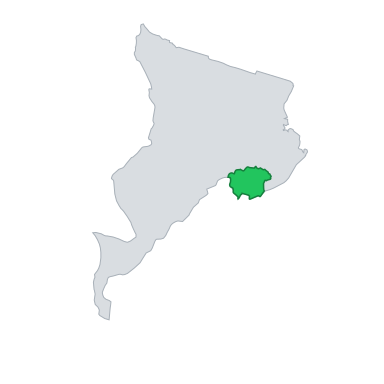 where Nord-Ouest sits in Cameroon, rotated 197°
{"feature_id": "CMR-1477", "entity_name": "Nord-Ouest", "entity_type": "Province", "adm_level": 1, "iso_a3": "CMR", "parent_name": "Cameroon", "parent_adm1": "", "projection": "albers", "projection_center": [10.325, 6.427], "detail": "fine", "context": "in_parent", "style": "filled", "palette": "green", "viewbox_px": 384, "rotation_deg": 197, "n_neighbors": 0, "source": "natural_earth", "source_scale": "10m", "svg_char_len": 5437}
<svg xmlns="http://www.w3.org/2000/svg" viewBox="0 0 384 384"><g transform="rotate(197 192 192)"><path d="M93.9,260.0L94.7,258.0L100.2,248.6L103.7,233.6L105.3,230.1L106.9,227.7L115.0,219.7L118.0,217.2L122.3,214.3L125.4,208.4L126.5,207.8L127.8,207.3L134.7,202.3L135.4,203.2L135.8,204.4L136.3,205.0L138.6,205.4L141.6,205.3L143.4,205.0L144.3,204.0L145.3,201.2L145.9,200.7L146.6,200.6L149.9,202.5L155.5,207.9L156.9,208.9L157.5,210.0L158.7,214.9L159.4,216.2L160.6,216.7L162.8,216.3L165.0,215.5L167.0,214.2L168.9,212.5L170.2,211.1L170.8,210.0L171.1,205.9L171.5,205.0L178.7,199.1L178.5,198.6L177.3,196.9L176.3,195.1L177.3,193.2L178.4,191.8L182.6,186.9L182.8,183.4L186.2,177.8L188.0,170.5L188.1,169.0L192.4,161.0L197.0,160.2L198.7,159.1L200.7,157.1L202.0,155.2L202.7,153.4L203.1,150.0L203.9,146.1L204.4,142.7L205.7,139.5L208.0,137.9L212.0,136.5L212.6,135.9L213.1,133.8L213.6,126.9L214.3,123.8L218.0,120.3L219.5,114.8L221.0,109.1L225.1,102.2L229.9,95.3L232.2,93.4L234.1,92.5L236.3,92.4L237.8,91.9L243.0,88.5L245.2,87.3L246.8,86.1L247.2,85.1L247.3,83.5L246.8,80.0L247.7,77.4L248.2,73.4L248.4,70.2L248.2,69.2L247.2,67.4L245.6,65.4L243.0,64.3L239.4,64.0L237.4,63.3L236.7,59.7L236.4,57.4L233.9,45.5L238.5,45.5L244.0,46.9L245.4,47.9L246.1,52.0L248.1,54.3L251.7,56.2L253.9,60.1L254.8,66.1L256.7,69.6L257.2,70.2L259.9,76.9L260.1,80.0L259.9,82.1L261.1,84.7L259.4,89.2L258.9,91.9L258.8,95.7L259.9,102.4L261.5,107.6L263.3,111.8L265.3,115.1L268.4,118.7L271.8,121.9L275.0,124.0L272.1,125.2L266.5,125.5L263.2,124.8L261.7,124.8L260.1,125.2L254.2,125.9L248.1,125.7L242.5,124.9L239.1,125.0L236.5,127.1L234.3,130.1L232.4,132.5L233.1,135.1L234.6,136.6L237.5,139.8L240.1,142.9L241.5,145.0L246.7,149.6L251.8,153.6L254.2,155.0L255.0,155.3L257.8,157.7L261.6,161.5L265.2,167.5L270.1,179.6L271.2,180.6L272.9,181.2L273.1,182.5L273.0,184.4L272.5,185.9L268.6,192.3L265.3,194.8L264.3,196.3L263.0,200.0L260.0,207.2L258.6,208.2L255.6,213.1L253.1,219.3L252.5,220.3L251.5,221.0L247.9,222.6L246.7,223.4L244.9,225.3L244.7,226.6L245.5,228.3L246.5,229.7L248.4,229.7L249.5,231.0L249.5,240.5L248.7,242.0L248.7,242.6L248.3,244.3L248.2,246.1L248.5,246.8L249.2,247.4L250.2,248.7L250.8,251.6L252.1,261.9L252.7,263.5L253.7,264.7L256.9,266.9L260.2,269.7L261.3,271.6L261.9,274.7L263.2,277.2L263.2,278.0L262.7,278.3L260.6,278.6L261.3,280.3L263.1,283.4L271.7,292.9L279.9,301.3L281.8,301.9L283.3,302.0L283.9,302.5L284.7,303.7L287.4,306.8L287.9,308.6L287.4,310.3L288.0,312.9L288.5,313.9L288.3,314.8L288.7,318.0L289.5,320.8L290.7,323.2L290.5,324.9L289.0,325.9L288.1,327.4L287.8,329.6L288.3,332.3L289.6,335.4L289.6,337.2L287.7,338.5L285.5,336.4L283.0,334.9L279.4,332.5L275.7,331.6L271.0,331.5L269.0,331.8L265.5,329.8L264.3,329.5L262.8,330.4L261.7,330.4L260.4,330.1L257.7,330.2L257.4,328.7L257.0,328.4L254.1,328.6L253.2,327.4L252.8,327.5L251.6,327.1L249.3,325.4L246.8,326.6L241.7,326.5L216.1,326.6L215.5,325.0L214.2,324.2L211.9,324.1L205.1,324.5L199.8,324.3L196.3,323.7L192.0,323.3L186.6,323.6L181.1,323.6L171.3,323.2L165.8,323.3L165.9,324.3L165.6,325.0L165.3,326.7L130.5,326.7L127.6,325.5L126.8,324.8L126.5,323.3L125.8,323.2L126.4,317.1L127.6,312.1L128.0,307.4L129.7,303.2L128.8,299.1L127.8,297.3L122.6,291.4L125.0,289.2L121.8,289.5L121.1,287.3L119.6,284.7L120.5,284.3L121.4,282.9L124.3,283.3L124.2,282.6L121.7,280.4L122.0,279.3L123.0,278.1L122.5,277.5L120.7,278.8L119.4,278.8L118.4,278.0L117.7,277.8L118.2,279.5L117.2,281.0L116.2,281.5L114.6,281.4L113.3,281.0L112.9,280.2L111.7,279.6L108.2,278.4L105.3,277.1L104.7,273.6L103.5,272.0L103.1,270.3L102.8,268.3L103.2,265.2L102.5,264.7L101.6,264.6L100.3,264.7L99.2,264.5L97.8,262.8L96.6,262.2L97.3,265.3L96.5,266.2L94.4,265.9L93.5,264.7L93.3,263.8L94.3,260.1L93.9,260.0Z" fill="#d9dde1" stroke="#a8b0b8" stroke-width="1"/><path d="M123.2,214.2L125.2,208.0L125.6,207.5L126.3,207.5L126.7,207.8L127.2,207.9L127.8,207.7L134.1,202.3L134.7,202.0L135.1,202.1L135.3,202.5L135.7,204.4L135.9,204.9L136.5,205.3L137.2,205.5L143.8,205.4L143.8,204.8L143.9,204.4L144.1,204.1L144.4,203.7L144.6,203.5L144.8,203.4L145.0,201.5L145.2,200.5L145.5,199.5L145.9,198.8L146.3,199.4L146.5,200.7L146.9,201.1L147.6,201.3L149.4,202.2L151.5,203.0L152.4,203.6L152.8,204.6L153.0,205.8L153.5,206.9L154.3,207.8L156.7,208.2L157.6,208.9L158.1,209.9L158.2,211.1L158.1,212.2L158.2,213.2L158.7,215.2L159.2,216.4L159.6,216.8L160.3,216.9L161.9,216.7L162.0,218.0L162.0,218.8L161.7,219.9L161.5,220.5L160.5,221.4L160.2,221.6L159.7,221.8L159.3,221.9L159.0,221.9L157.0,221.7L156.8,222.3L156.9,223.5L156.6,225.1L156.4,225.5L156.2,225.8L155.9,226.1L154.7,226.7L153.5,227.1L153.0,227.2L152.5,227.8L151.4,227.5L149.6,227.2L149.2,227.2L148.8,227.4L148.7,227.6L148.5,227.8L147.6,230.2L146.5,232.0L146.3,232.1L145.7,232.3L144.3,232.2L143.9,232.2L139.4,233.1L138.9,234.6L138.7,234.9L138.4,235.1L138.2,235.0L138.0,234.8L137.9,234.6L137.7,234.3L137.4,234.1L137.2,234.0L135.9,233.7L135.5,233.6L135.3,233.7L135.1,233.8L133.5,235.0L132.7,234.7L131.4,234.4L130.4,234.1L129.0,234.9L127.4,234.1L125.9,233.6L125.1,233.3L124.8,232.9L124.6,232.6L124.4,232.2L124.2,232.0L124.0,231.9L123.3,232.0L122.7,231.9L122.1,231.0L121.8,230.7L121.5,230.5L121.2,230.4L121.0,230.2L120.9,229.8L121.2,228.6L120.9,228.2L120.7,228.0L120.7,227.9L120.6,227.7L120.7,227.4L121.0,227.0L123.5,225.4L124.1,224.6L124.7,224.5L124.9,224.6L125.2,224.6L125.5,224.6L125.7,224.3L125.8,223.8L125.8,223.0L125.9,222.4L126.1,221.1L124.8,217.1L124.6,216.6L124.2,215.5L123.6,214.5L123.2,214.2Z" fill="#22c55e" stroke="#15803d" stroke-width="1.5"/></g></svg>